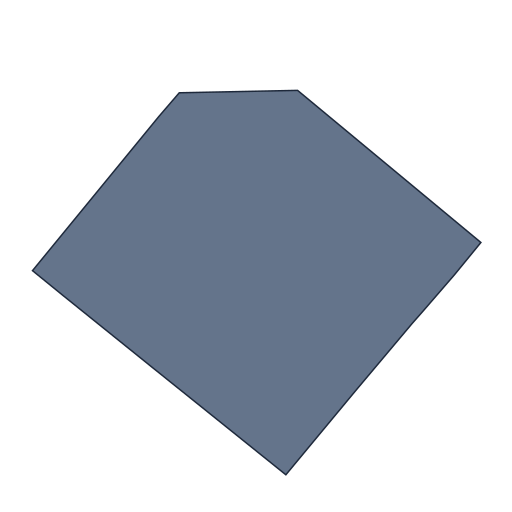 the district of Potter, Pennsylvania, United States of America, rotated 130°
{"feature_id": "52423323B68632918387185", "entity_name": "Potter", "entity_type": "district", "adm_level": 2, "iso_a3": "USA", "parent_name": "United States of America", "parent_adm1": "Pennsylvania", "projection": "robinson", "projection_center": [-77.898, 41.738], "detail": "fine", "context": "isolated", "style": "filled", "palette": "slate", "viewbox_px": 512, "rotation_deg": 130, "n_neighbors": 0, "source": "geoboundaries", "source_scale": "gbopen_adm2", "svg_char_len": 354}
<svg xmlns="http://www.w3.org/2000/svg" viewBox="0 0 512 512"><g transform="rotate(130 256 256)"><path d="M101.1,92.4L102.4,330.6L180.3,419.7L211.5,420.1L410.9,417.8L410.3,378.0L408.0,262.6L406.8,207.0L404.4,92.5L333.3,92.9L296.2,93.1L291.5,93.1L207.4,93.0L190.4,92.6L142.7,91.9L101.1,92.4Z" fill="#64748b" stroke="#1e293b" stroke-width="1.5"/></g></svg>